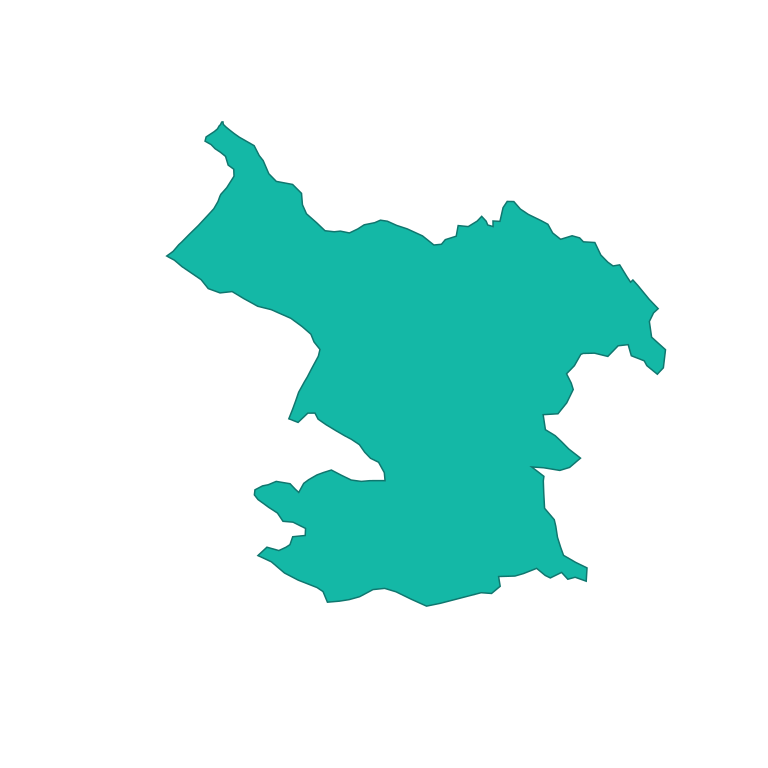 the district of Sotira Lemesou, Cyprus, rotated 116°
{"feature_id": "46923920B57193585231981", "entity_name": "Sotira Lemesou", "entity_type": "district", "adm_level": 2, "iso_a3": "CYP", "parent_name": "Cyprus", "parent_adm1": "", "projection": "equal_earth", "projection_center": [32.841, 34.698], "detail": "fine", "context": "isolated", "style": "filled", "palette": "teal", "viewbox_px": 768, "rotation_deg": 116, "n_neighbors": 0, "source": "geoboundaries", "source_scale": "gbopen_adm2", "svg_char_len": 3051}
<svg xmlns="http://www.w3.org/2000/svg" viewBox="0 0 768 768"><g transform="rotate(116 384 384)"><path d="M219.0,643.7L219.7,644.7L222.0,644.7L222.7,644.7L224.2,645.3L227.7,645.5L231.7,647.3L239.9,652.2L244.2,651.3L244.6,644.4L246.6,638.9L247.4,632.7L248.9,626.2L255.6,620.0L256.8,613.2L263.0,609.9L276.5,611.4L285.0,613.8L287.2,613.8L292.7,613.2L301.1,613.8L308.6,616.0L323.1,620.4L334.8,624.6L345.2,628.1L348.7,629.5L357.2,631.7L364.2,635.4L364.4,632.4L364.6,626.7L367.1,616.9L370.4,594.1L375.3,583.8L374.0,571.3L367.5,561.0L368.7,547.6L369.5,531.5L366.6,518.0L366.3,509.1L365.8,496.6L368.3,482.7L371.3,471.5L376.9,465.3L381.0,456.7L387.8,455.2L402.2,455.8L411.2,456.0L416.9,456.5L428.8,457.1L437.8,456.0L446.5,455.1L457.0,454.3L456.2,444.4L443.6,439.7L440.4,433.3L444.5,427.8L446.0,418.1L447.1,406.0L447.8,396.1L448.0,389.2L449.3,379.5L453.8,371.4L456.7,363.5L456.7,354.6L463.5,344.9L470.4,340.7L477.0,354.2L481.5,361.7L484.7,371.4L484.7,382.6L484.4,393.6L489.9,399.4L495.1,404.4L502.9,409.7L508.5,412.6L518.8,413.1L517.5,417.5L514.8,424.7L518.8,438.2L525.3,443.9L528.8,448.5L535.7,453.6L540.5,451.9L543.1,446.6L545.4,433.6L546.7,423.2L551.7,414.6L548.1,405.3L548.2,391.2L554.7,388.4L557.2,392.5L561.3,399.1L569.6,398.1L573.1,400.2L573.6,400.5L579.8,405.5L582.0,417.7L592.6,421.8L593.5,422.1L593.2,407.3L597.5,390.6L597.9,375.1L596.3,354.9L597.3,347.8L604.9,339.2L598.8,329.0L594.9,323.4L593.0,320.7L585.9,312.7L576.0,305.5L573.6,303.8L567.4,293.8L565.5,282.1L565.5,265.2L565.0,248.4L556.4,237.2L543.9,222.6L529.0,205.2L525.1,195.5L514.9,190.9L506.8,196.6L499.2,182.1L493.2,175.5L482.8,166.0L483.8,161.8L485.4,155.2L485.4,149.5L475.5,141.8L478.9,133.2L473.9,127.5L472.6,115.8L463.2,119.7L460.3,120.9L460.3,133.5L459.3,147.5L453.5,153.5L445.7,160.9L436.6,167.2L431.3,171.5L425.3,185.2L412.0,192.6L401.3,198.3L396.9,199.8L393.8,214.9L389.3,203.8L384.6,188.1L377.6,180.6L364.5,174.9L361.4,189.5L358.0,199.2L355.4,207.5L354.3,218.9L341.8,227.5L334.5,214.6L320.9,211.5L306.0,211.5L301.1,216.1L294.8,224.4L284.1,220.9L271.1,220.1L269.2,218.4L264.0,208.3L261.1,194.9L247.0,190.3L241.6,181.8L250.2,174.1L249.1,160.3L252.3,155.8L255.4,142.6L253.0,141.9L247.0,140.0L229.8,146.0L224.6,164.0L211.5,172.9L201.9,172.9L196.1,170.6L191.7,182.6L184.1,199.2L181.4,205.9L184.4,207.0L181.0,212.8L173.6,224.4L177.5,229.9L176.4,236.2L173.0,245.7L164.4,256.5L168.8,267.1L166.9,272.2L168.3,279.9L176.5,288.7L174.3,298.6L168.6,306.7L168.3,314.1L168.3,328.6L167.0,338.1L163.1,347.3L165.9,353.3L173.3,354.3L183.1,352.0L187.0,351.1L189.7,357.5L194.7,355.0L195.6,360.5L192.9,363.5L190.5,369.7L196.8,371.7L205.6,377.3L209.1,386.8L219.5,383.9L227.4,392.2L233.2,393.6L237.2,400.1L234.0,414.3L234.4,431.2L235.9,442.1L236.2,452.3L238.3,459.0L243.1,463.1L249.6,471.6L256.2,475.6L263.4,481.3L265.7,490.2L269.0,495.5L272.1,504.2L268.7,514.9L265.0,528.3L258.6,535.9L248.8,541.7L244.7,553.6L249.1,569.6L245.5,579.7L236.2,590.5L233.4,596.3L226.7,605.2L225.6,622.2L224.6,628.4L223.3,634.5L222.3,638.6L221.1,642.2L219.0,643.7Z" fill="#14b8a6" stroke="#0f766e" stroke-width="1.5"/></g></svg>